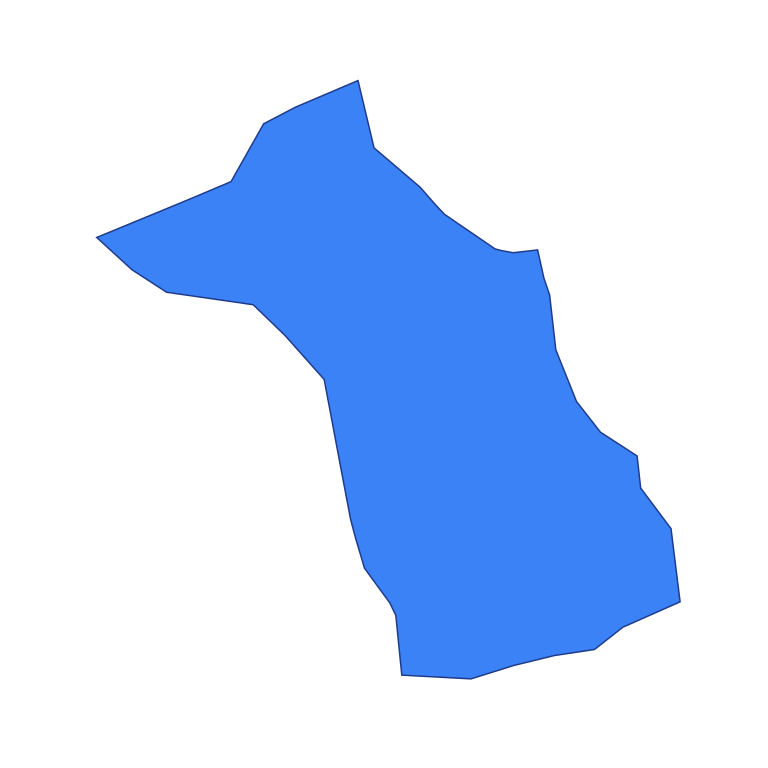 O'lziit, Övörhangay, Mongolia, rotated 352°
{"feature_id": "93677404B71645043055089", "entity_name": "O'lziit", "entity_type": "district", "adm_level": 2, "iso_a3": "MNG", "parent_name": "Mongolia", "parent_adm1": "Övörhangay", "projection": "mercator", "projection_center": [103.414, 46.516], "detail": "fine", "context": "isolated", "style": "filled", "palette": "blue", "viewbox_px": 768, "rotation_deg": 352, "n_neighbors": 0, "source": "geoboundaries", "source_scale": "gbopen_adm2", "svg_char_len": 684}
<svg xmlns="http://www.w3.org/2000/svg" viewBox="0 0 768 768"><g transform="rotate(352 384 384)"><path d="M646.9,640.9L648.1,567.2L623.7,522.8L624.6,490.5L591.7,461.9L572.2,428.1L558.9,374.1L560.4,318.9L557.1,301.6L554.8,272.8L554.8,272.6L530.3,272.0L518.8,268.2L512.8,265.7L467.6,224.5L460.2,214.1L447.2,194.2L407.0,148.8L400.5,79.9L400.4,79.9L335.3,97.4L301.1,109.5L260.7,162.3L216.0,174.2L119.9,198.9L150.3,235.8L181.5,262.9L265.5,287.3L292.6,322.0L325.4,371.2L329.5,459.7L332.1,513.5L334.4,532.7L339.1,563.8L359.3,601.6L363.5,614.8L361.1,674.8L429.1,688.1L473.2,680.8L514.8,676.6L555.5,676.2L586.6,658.1L646.9,640.9Z" fill="#3b82f6" stroke="#1e3a8a" stroke-width="1.5"/></g></svg>